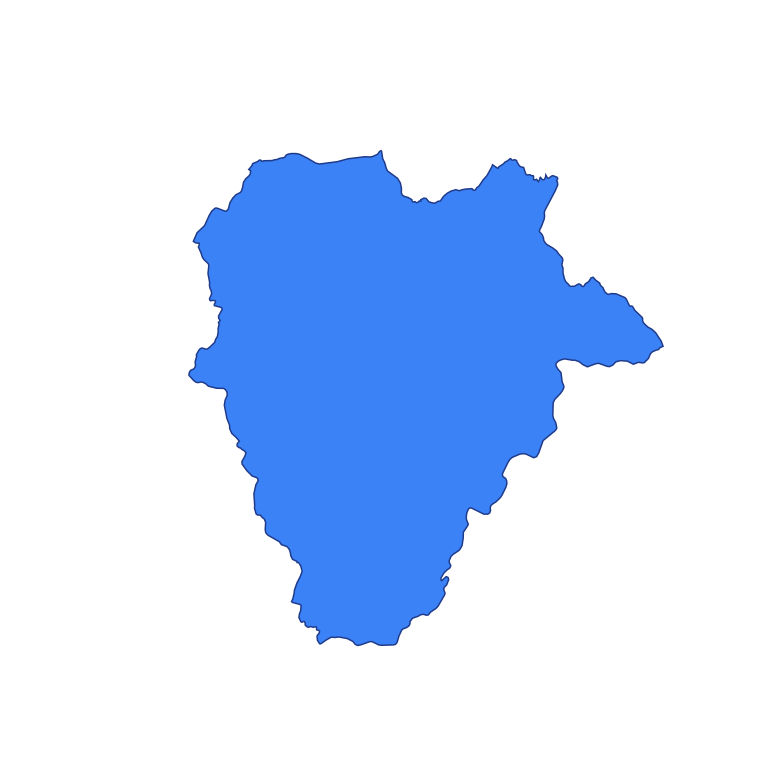 the district of Carolina, Antioquia, Colombia, rotated 26°
{"feature_id": "7082276B54893921503227", "entity_name": "Carolina", "entity_type": "district", "adm_level": 2, "iso_a3": "COL", "parent_name": "Colombia", "parent_adm1": "Antioquia", "projection": "natural_earth1", "projection_center": [-75.301, 6.75], "detail": "fine", "context": "isolated", "style": "filled", "palette": "blue", "viewbox_px": 768, "rotation_deg": 26, "n_neighbors": 0, "source": "geoboundaries", "source_scale": "gbopen_adm2", "svg_char_len": 6158}
<svg xmlns="http://www.w3.org/2000/svg" viewBox="0 0 768 768"><g transform="rotate(26 384 384)"><path d="M156.9,299.1L155.6,299.6L154.9,300.4L153.4,304.2L153.0,308.9L153.3,320.3L149.7,329.9L150.1,339.4L152.9,339.7L156.3,338.5L156.9,339.8L157.1,342.2L162.3,346.6L165.1,349.6L167.6,351.1L173.3,352.9L174.5,354.1L177.4,361.9L182.8,369.2L183.9,372.0L185.8,374.4L187.9,376.0L189.6,378.7L189.8,383.9L190.6,384.9L191.6,385.3L193.5,383.8L195.8,383.2L196.7,384.1L196.5,386.8L197.2,387.9L203.8,386.6L205.1,386.9L205.8,388.0L205.5,395.5L206.5,397.3L208.9,398.8L208.2,401.2L209.7,402.8L210.5,406.7L212.1,409.8L213.4,414.1L213.1,418.3L213.6,420.7L211.3,427.1L209.9,429.9L208.6,430.8L205.0,431.3L204.1,431.9L203.3,432.9L202.8,434.9L202.5,440.0L203.5,441.3L204.6,447.1L206.0,449.1L206.9,451.6L206.4,453.9L204.4,456.2L204.0,457.4L204.1,459.8L205.0,461.8L211.7,464.4L214.6,464.8L216.4,464.2L218.3,462.6L220.2,461.9L223.5,461.9L227.0,462.9L229.4,462.5L235.6,461.1L241.9,458.2L244.2,458.7L245.9,459.7L246.8,460.6L248.1,463.2L248.3,468.2L249.8,473.1L258.0,483.9L263.2,488.7L264.9,491.8L268.8,495.1L274.7,496.9L279.0,498.8L278.3,501.6L278.5,503.0L279.4,504.3L281.9,504.7L283.2,504.4L284.3,505.0L287.7,505.3L289.9,506.1L290.6,509.5L290.3,516.1L291.6,518.2L298.9,522.1L305.8,524.5L310.5,524.0L312.1,524.4L313.3,526.4L313.0,530.6L315.2,539.7L321.0,549.8L322.0,552.3L325.9,556.7L327.5,557.2L330.3,556.1L333.2,557.4L335.6,557.8L338.3,560.3L341.0,566.8L342.5,569.0L343.6,569.9L346.2,570.8L359.1,571.6L362.2,573.4L367.5,572.7L368.9,572.9L371.6,574.4L373.9,576.8L375.6,579.3L378.7,581.7L382.9,581.6L384.3,582.6L384.9,582.0L385.9,582.1L389.2,584.3L392.6,588.3L393.1,593.4L393.0,601.3L393.9,608.7L394.9,611.2L396.3,617.5L396.2,620.0L397.3,620.5L405.0,619.0L406.5,619.3L408.4,623.9L408.8,627.7L409.9,631.2L413.5,634.1L414.6,634.1L415.9,632.7L416.7,632.5L417.8,633.3L419.0,635.3L421.6,636.0L422.7,635.7L424.5,634.1L427.0,633.7L429.2,631.9L429.9,632.2L431.2,634.5L433.4,634.0L434.4,634.3L435.0,636.8L434.3,638.6L434.4,640.2L436.6,643.6L440.0,645.7L440.7,645.5L441.8,644.0L443.9,640.0L447.3,635.0L448.3,634.3L451.1,633.3L454.2,631.2L462.5,628.9L468.9,629.0L472.2,630.6L474.8,630.6L477.5,628.6L484.5,621.5L486.9,620.8L493.6,620.8L496.1,620.0L506.8,614.4L508.1,613.3L508.9,611.8L508.9,609.5L507.9,603.9L507.8,597.3L508.5,595.7L510.9,593.2L512.4,590.7L512.5,588.0L511.5,586.4L512.3,582.0L516.4,577.9L517.9,575.6L519.0,574.6L520.8,573.6L523.3,573.3L525.1,572.1L525.8,568.7L529.1,562.9L530.0,559.9L530.9,546.8L530.5,545.1L528.4,543.2L527.4,541.7L527.4,540.0L528.4,537.1L527.9,531.5L526.4,529.8L524.6,529.8L524.2,530.2L522.1,535.4L521.1,535.1L520.3,533.5L520.6,528.0L522.4,522.9L523.6,521.2L523.9,519.1L523.4,517.7L520.9,515.8L520.0,514.1L519.8,509.4L520.9,506.6L524.4,500.6L524.9,498.0L524.9,494.7L522.7,487.7L520.3,482.4L521.3,475.2L521.2,473.0L517.7,469.9L516.3,467.6L514.9,463.5L514.7,459.9L515.1,458.3L516.5,457.1L530.8,457.2L534.4,455.4L535.5,453.6L535.2,450.9L533.8,449.0L533.4,446.7L533.8,445.0L536.4,440.6L538.4,435.1L538.8,432.2L538.8,423.6L538.2,419.9L536.8,417.4L534.8,415.6L531.2,415.0L529.8,412.8L529.8,399.5L530.3,396.1L531.6,393.5L536.9,387.4L539.7,385.6L542.3,384.7L551.0,384.6L553.0,382.3L553.3,378.3L551.8,365.1L558.2,351.1L558.7,349.0L558.6,347.9L556.7,345.2L555.3,343.5L551.3,340.5L549.6,338.4L544.3,326.8L544.2,323.1L546.7,315.3L547.3,311.9L547.3,309.0L546.7,307.2L543.2,304.0L538.1,296.2L533.4,294.2L530.5,292.1L529.6,290.2L530.4,287.5L532.2,285.0L535.2,282.3L543.0,280.0L545.2,278.9L549.6,278.4L554.4,279.4L559.3,279.4L564.9,273.5L567.7,271.3L576.9,270.3L579.1,269.5L581.3,266.7L582.7,262.4L586.3,259.3L592.7,256.8L599.5,256.9L603.1,253.0L607.7,251.5L608.7,250.4L610.5,245.1L610.2,240.1L610.9,237.8L613.5,234.5L615.6,232.7L616.1,230.4L618.3,227.8L614.4,224.0L605.6,218.8L600.9,217.4L595.8,217.1L590.5,215.3L588.9,214.0L587.6,211.6L586.9,211.0L577.0,207.8L573.3,205.3L572.2,205.4L571.3,206.1L570.3,206.0L564.4,201.4L562.6,200.7L553.2,201.2L548.8,203.0L546.5,205.0L545.2,205.2L542.2,204.4L538.3,201.3L535.4,200.5L533.5,198.7L528.9,197.9L525.2,196.4L523.6,197.9L523.1,202.3L521.0,205.8L520.9,208.0L520.3,209.1L518.8,209.3L517.3,208.5L515.7,208.5L514.8,209.0L512.4,212.6L509.0,214.4L507.6,214.5L506.5,213.7L502.4,212.3L500.1,210.4L497.9,207.8L496.2,205.7L494.0,201.3L491.7,199.1L490.3,194.0L488.9,192.5L484.1,190.6L481.0,188.8L476.3,187.8L469.6,187.3L467.3,186.6L464.7,185.0L463.3,182.8L460.9,180.6L456.8,178.8L456.4,177.9L456.4,173.2L455.7,165.7L454.7,162.6L453.0,159.9L452.5,157.7L453.2,135.3L452.9,129.0L451.4,126.5L450.1,125.7L450.2,123.6L449.7,122.8L448.9,122.3L444.5,122.7L443.5,123.6L441.8,126.9L441.3,127.2L440.5,127.1L437.8,125.2L438.4,127.0L438.6,129.5L438.1,130.3L436.8,130.9L434.0,129.7L433.8,130.7L434.3,132.2L433.9,134.5L431.4,133.1L430.0,134.6L428.7,134.5L427.6,132.1L426.9,131.4L425.1,132.1L423.5,131.9L421.2,133.3L419.5,133.2L414.5,128.1L412.8,128.7L410.3,128.7L405.8,125.9L405.2,125.0L403.2,125.1L401.2,126.6L400.2,126.6L399.2,125.9L398.6,126.2L397.1,129.5L395.8,130.9L394.5,134.4L392.1,138.2L391.8,140.3L385.4,139.4L385.7,141.3L385.2,151.5L383.6,157.2L382.7,164.1L381.3,167.1L381.0,169.8L379.3,170.7L378.1,169.9L377.1,170.0L371.8,173.1L368.5,175.6L367.2,177.2L363.4,177.9L359.6,181.3L357.1,185.0L355.3,189.2L354.4,194.8L352.5,196.1L350.6,199.0L349.0,199.8L344.7,200.6L340.5,198.8L338.4,199.4L336.2,202.3L337.0,203.5L335.5,204.0L334.7,206.0L333.7,206.9L331.9,206.5L330.1,207.8L329.1,207.3L328.2,206.1L323.8,205.8L320.4,206.5L317.6,206.2L315.8,204.6L313.8,200.3L310.5,196.1L306.0,193.2L293.8,191.0L291.5,189.2L287.6,184.8L284.1,182.1L279.8,175.9L279.2,175.5L278.1,176.8L277.6,180.0L277.0,181.0L274.0,184.6L272.1,186.0L267.2,188.1L253.0,197.3L244.4,204.8L229.5,214.6L225.7,215.4L216.1,214.6L207.7,214.5L204.3,215.3L199.8,217.4L197.0,219.5L195.7,221.2L195.4,223.3L194.7,224.5L191.5,226.7L189.1,229.4L187.6,230.2L185.5,232.2L178.0,236.1L176.9,237.4L174.9,236.9L173.9,237.3L172.8,239.6L169.4,243.4L169.5,246.1L168.4,250.5L170.6,250.7L171.8,254.0L171.3,256.4L169.8,260.0L169.3,264.3L170.7,269.3L171.3,273.4L170.7,275.2L168.1,278.6L166.6,283.1L166.1,288.7L167.4,295.1L166.6,297.5L165.6,298.3L156.9,299.1Z" fill="#3b82f6" stroke="#1e3a8a" stroke-width="1.5"/></g></svg>